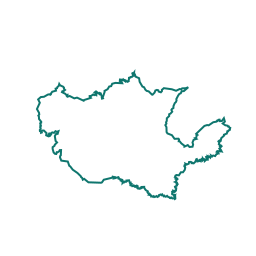 Atwima Mponua, Ashanti, Ghana (Mercator projection), rotated 216°
{"feature_id": "2480657B25907117051030", "entity_name": "Atwima Mponua", "entity_type": "district", "adm_level": 2, "iso_a3": "GHA", "parent_name": "Ghana", "parent_adm1": "Ashanti", "projection": "mercator", "projection_center": [-2.226, 6.556], "detail": "fine", "context": "isolated", "style": "outline", "palette": "teal", "viewbox_px": 256, "rotation_deg": 216, "n_neighbors": 0, "source": "geoboundaries", "source_scale": "gbopen_adm2", "svg_char_len": 5729}
<svg xmlns="http://www.w3.org/2000/svg" viewBox="0 0 256 256"><g transform="rotate(216 128 128)"><path d="M195.5,73.1L195.1,73.7L196.1,74.4L196.0,75.4L194.6,76.5L191.0,76.0L189.9,74.0L187.4,74.5L187.0,75.0L188.5,76.2L188.5,77.1L186.5,76.6L186.5,78.0L187.2,78.5L186.7,79.9L185.0,80.6L184.8,82.8L183.3,83.1L182.4,84.5L181.5,81.9L182.7,81.0L182.5,78.5L179.0,75.0L176.9,74.6L177.4,71.5L177.0,70.4L177.7,68.2L176.7,66.8L173.8,64.5L171.9,64.2L170.8,64.8L171.4,66.5L170.7,66.8L170.0,68.7L170.2,70.0L169.2,70.8L166.3,66.4L166.4,65.4L165.8,64.3L162.8,62.4L157.0,65.5L153.3,62.9L152.2,63.0L148.2,61.8L142.4,61.9L137.7,61.2L137.1,60.7L135.8,60.7L134.2,59.6L133.6,61.1L128.1,60.8L117.6,67.9L117.1,68.7L117.2,71.9L112.0,78.0L111.5,78.7L111.8,79.6L110.5,80.1L109.9,78.8L108.9,79.9L109.2,80.7L108.3,80.8L106.9,82.6L106.4,82.5L105.9,81.5L102.7,82.5L102.8,81.8L102.2,82.2L101.9,81.3L101.0,81.9L100.1,80.4L100.0,81.1L99.3,81.4L99.3,82.6L98.6,82.8L98.3,83.8L97.8,83.7L97.5,84.7L98.0,84.9L96.4,86.3L94.4,84.8L93.8,85.3L93.4,84.4L92.8,84.6L93.0,84.1L92.4,83.1L90.1,84.0L90.2,84.7L89.6,84.9L89.6,84.1L88.6,84.9L88.7,84.5L87.6,84.5L86.5,85.9L86.7,86.6L86.0,86.6L86.0,85.8L84.8,85.5L85.0,84.9L84.6,84.8L83.0,85.6L82.9,86.6L82.2,86.5L81.5,87.9L82.2,88.4L80.3,89.9L79.7,89.1L77.2,88.2L74.7,88.4L74.4,87.4L72.9,87.0L72.4,87.5L71.3,87.3L70.8,87.0L71.1,86.5L69.7,87.0L69.0,86.2L68.2,87.0L67.2,87.0L67.1,88.0L65.8,87.9L64.8,89.8L63.7,89.5L63.0,90.8L63.5,91.9L62.5,93.4L61.5,93.3L61.3,94.4L59.1,93.7L58.8,94.6L58.0,94.3L57.0,94.6L56.5,96.1L54.9,95.8L53.4,96.4L53.0,96.0L52.3,96.3L51.9,97.3L50.7,97.1L49.4,98.3L48.4,98.0L48.2,98.7L49.6,100.4L49.8,99.9L50.1,100.6L50.2,100.1L51.1,100.1L51.4,101.2L53.3,100.4L54.3,101.5L54.7,101.2L54.0,102.4L54.8,102.6L54.6,103.4L53.9,103.5L54.4,103.9L53.4,104.2L53.4,103.6L53.2,104.6L52.6,104.3L52.5,105.0L53.0,105.1L52.6,105.9L53.6,107.7L54.7,107.5L55.5,108.1L54.6,110.2L55.6,111.1L54.9,111.1L54.8,111.7L56.2,112.5L58.1,112.1L57.6,113.0L58.0,113.6L57.6,114.3L58.1,113.9L58.3,114.3L57.9,115.7L58.3,116.0L58.7,115.6L59.0,116.1L58.9,115.2L59.5,115.0L59.5,115.6L59.9,115.6L59.6,115.9L61.4,116.5L61.6,117.5L61.1,118.5L59.0,119.6L59.2,123.3L57.5,124.5L57.5,127.5L58.4,129.6L60.0,130.2L60.3,131.1L59.6,131.4L59.6,132.1L60.6,132.9L58.8,133.3L57.9,134.8L58.6,136.4L57.3,137.5L55.7,137.7L55.6,137.1L54.1,138.0L53.7,140.3L54.4,142.9L54.1,143.3L52.2,141.8L51.8,142.5L52.4,142.8L51.9,143.2L51.2,142.8L50.6,143.5L50.8,143.9L50.1,143.9L50.6,144.5L49.9,144.7L50.5,145.0L50.4,145.5L49.6,144.8L48.7,145.4L48.5,146.0L49.3,147.1L48.8,146.9L48.7,147.5L47.7,147.6L48.0,147.0L47.2,147.2L46.5,146.4L46.2,147.7L46.6,148.0L45.5,148.8L46.2,149.0L46.0,149.7L46.5,149.6L45.8,150.1L46.4,150.6L46.7,150.1L46.6,151.0L47.3,150.2L47.8,150.5L47.2,151.5L46.5,151.3L47.1,152.0L46.0,152.1L46.1,151.5L45.4,152.4L44.4,152.0L44.9,152.6L44.2,152.5L44.5,153.1L43.5,154.0L44.3,154.6L43.3,154.6L43.3,154.2L43.2,155.0L43.4,155.1L42.7,155.9L41.0,156.5L41.1,158.8L40.4,159.7L40.7,160.3L40.0,160.7L40.7,161.1L42.2,160.8L42.2,161.8L39.7,163.2L39.9,164.3L39.3,163.8L38.5,164.1L39.8,164.8L40.6,164.2L40.6,164.8L42.0,165.0L41.6,168.3L42.2,168.4L42.4,167.1L43.2,167.3L43.3,168.3L45.0,168.3L45.5,169.9L46.4,170.1L45.9,171.1L46.9,170.9L46.8,171.6L47.3,171.9L46.0,171.8L45.7,172.8L46.6,174.5L45.8,178.4L46.4,179.0L44.8,181.6L45.7,183.8L45.0,184.3L45.2,185.3L44.5,186.3L45.4,188.2L46.2,187.9L47.4,188.5L48.0,188.0L48.8,188.4L50.9,187.4L54.0,187.3L53.4,190.1L56.2,192.3L56.2,188.7L57.7,187.6L58.8,188.6L59.6,187.9L59.6,186.4L60.2,186.4L60.3,185.0L62.4,182.8L64.3,177.6L65.7,176.9L67.4,174.6L69.4,163.4L67.8,163.2L68.3,162.3L67.5,161.3L67.1,159.9L67.5,159.5L66.2,159.4L68.0,157.1L67.3,154.2L65.6,152.9L64.8,150.8L67.1,148.8L69.6,149.3L71.4,146.1L72.0,146.8L75.8,146.9L78.4,147.6L79.2,147.1L80.0,148.8L80.9,149.0L84.0,146.6L88.2,148.0L92.9,146.8L94.4,147.4L97.4,151.3L99.5,152.3L99.5,154.1L100.6,155.0L100.8,156.5L102.3,158.7L101.7,161.9L102.8,163.3L102.1,164.6L101.8,167.2L103.5,168.1L103.6,169.3L103.0,170.8L104.1,172.5L104.8,175.6L104.5,177.1L104.9,178.8L105.9,179.8L106.5,183.7L106.5,185.8L105.7,187.1L106.2,189.2L104.5,190.7L103.2,196.4L104.7,194.1L107.5,191.9L107.7,190.6L109.1,189.9L111.0,186.4L115.3,185.1L122.4,181.3L123.0,178.8L122.2,177.7L122.4,176.2L124.6,175.5L125.7,176.3L127.0,175.8L127.9,174.4L127.3,172.3L127.7,169.4L128.2,169.1L132.8,169.8L134.7,169.0L136.5,169.2L138.9,170.4L140.7,170.0L145.7,172.2L148.3,174.8L152.0,174.0L154.1,175.5L155.1,175.5L155.7,176.5L155.7,175.3L156.6,175.0L156.5,174.6L154.2,173.5L154.8,172.9L154.7,172.0L155.9,170.7L155.7,170.2L156.7,169.2L155.7,167.6L155.5,166.2L155.1,166.2L155.4,165.2L156.4,165.1L157.0,164.3L157.8,165.1L158.9,164.8L158.8,164.2L160.4,164.5L160.3,163.5L160.8,163.3L160.6,163.9L163.0,162.5L162.2,161.1L159.9,161.3L159.0,160.8L164.7,157.1L166.8,154.5L166.2,152.0L167.6,150.5L167.3,147.4L168.8,144.2L168.1,143.4L166.3,137.6L165.7,137.3L166.3,136.5L167.2,137.3L167.2,138.5L168.3,138.4L170.4,140.0L171.5,139.7L171.1,138.7L175.4,138.8L175.9,137.2L173.7,137.2L172.9,135.9L174.2,135.6L174.7,134.7L175.9,134.7L176.7,132.2L177.8,131.3L177.4,130.8L175.8,130.5L180.2,124.5L180.0,124.0L187.1,122.6L188.9,120.4L194.0,119.6L195.4,117.7L196.3,117.9L196.6,119.2L197.4,118.5L198.9,118.8L202.5,118.2L202.7,119.2L201.8,120.0L201.3,121.8L202.9,122.0L203.4,122.9L204.6,123.3L208.1,122.6L209.5,123.2L208.8,121.3L209.2,119.4L208.8,118.5L209.7,117.3L208.2,115.9L210.6,112.8L210.6,110.3L210.2,109.9L210.4,109.2L211.5,109.0L212.5,107.9L214.3,103.9L216.7,101.8L217.5,98.3L214.2,96.6L212.8,89.8L208.9,88.0L207.7,86.7L207.8,85.3L206.8,84.9L205.3,83.0L201.8,82.0L201.4,81.3L201.9,80.9L201.7,80.0L200.1,78.9L200.3,78.5L199.4,77.8L199.6,77.1L198.2,76.1L198.2,74.6L197.4,73.7L196.0,73.9L195.5,73.1Z" fill="none" stroke="#0f766e" stroke-width="2"/></g></svg>